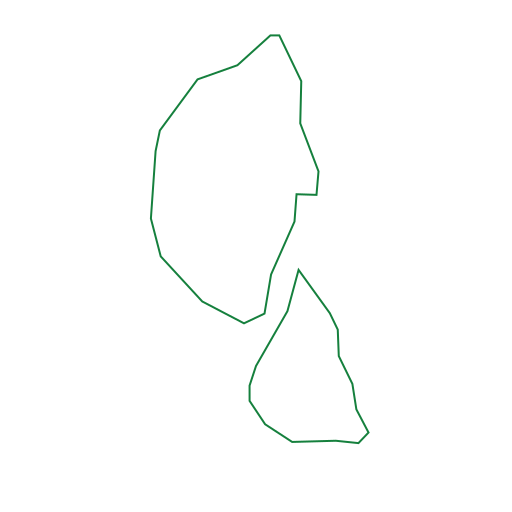 outline of Murillo, Federated States of Micronesia, rotated 164°
{"feature_id": "79324940B22621558301948", "entity_name": "Murillo", "entity_type": "district", "adm_level": 2, "iso_a3": "FSM", "parent_name": "Federated States of Micronesia", "parent_adm1": "", "projection": "natural_earth1", "projection_center": [152.34, 8.694], "detail": "fine", "context": "isolated", "style": "outline", "palette": "green", "viewbox_px": 512, "rotation_deg": 164, "n_neighbors": 0, "source": "geoboundaries", "source_scale": "gbopen_adm2", "svg_char_len": 581}
<svg xmlns="http://www.w3.org/2000/svg" viewBox="0 0 512 512"><g transform="rotate(164 256 256)"><path d="M313.8,403.2L323.6,384.5L346.7,321.0L347.7,281.9L320.2,227.1L286.1,194.6L263.7,198.3L246.6,234.1L209.5,278.5L200.0,304.2L181.0,298.1L172.6,320.1L176.9,371.3L164.3,411.6L172.8,461.6L181.3,464.1L221.3,444.5L263.5,441.9L313.8,403.2ZM218.9,230.9L241.0,194.3L286.3,150.3L297.9,133.2L302.1,118.5L293.6,91.7L272.5,67.3L230.2,56.4L209.1,47.9L196.5,55.3L201.8,80.9L198.6,106.5L204.0,137.0L197.7,162.7L200.8,180.7L218.9,230.9Z" fill="none" stroke="#15803d" stroke-width="2"/></g></svg>